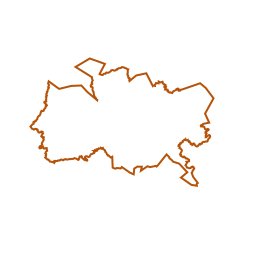 Urique, Chihuahua, Mexico, rotated 249°
{"feature_id": "50627088B80503012835519", "entity_name": "Urique", "entity_type": "district", "adm_level": 2, "iso_a3": "MEX", "parent_name": "Mexico", "parent_adm1": "Chihuahua", "projection": "albers", "projection_center": [-107.976, 27.219], "detail": "fine", "context": "isolated", "style": "outline", "palette": "amber", "viewbox_px": 256, "rotation_deg": 249, "n_neighbors": 0, "source": "geoboundaries", "source_scale": "gbopen_adm2", "svg_char_len": 5803}
<svg xmlns="http://www.w3.org/2000/svg" viewBox="0 0 256 256"><g transform="rotate(249 128 128)"><path d="M49.4,171.6L50.9,171.9L51.6,172.8L51.7,173.4L59.2,171.3L63.4,171.4L63.9,172.3L65.2,173.3L65.7,174.4L66.7,175.4L67.8,174.7L68.4,175.0L68.9,174.4L68.9,173.2L68.3,172.5L68.2,171.8L68.8,170.3L69.6,169.6L70.0,168.8L71.8,168.7L72.6,168.3L74.4,170.7L75.5,170.5L75.1,173.1L76.4,173.6L78.4,172.2L78.6,171.4L79.2,171.2L79.2,170.9L80.6,170.5L80.6,170.0L81.1,169.9L81.0,169.1L81.5,169.0L81.5,168.6L83.1,167.3L83.9,167.8L84.5,167.1L84.9,167.2L86.7,169.4L87.9,170.4L90.1,169.7L90.4,169.0L90.7,168.8L91.1,169.3L91.9,169.2L92.3,169.6L92.6,169.6L93.2,168.7L94.1,169.4L94.1,170.0L94.6,170.7L94.0,170.6L94.1,171.1L94.9,172.1L95.1,173.2L95.6,173.8L95.5,174.2L96.2,174.4L96.2,175.0L96.9,176.4L96.6,176.6L96.6,177.2L96.2,177.5L96.6,177.8L95.7,178.0L95.3,178.9L95.4,179.5L95.0,179.4L95.0,179.6L94.0,180.1L93.6,180.0L93.6,180.6L93.2,180.7L92.7,180.2L92.1,180.8L91.4,180.6L91.5,180.2L91.2,180.8L90.8,180.8L90.8,181.3L89.9,181.4L90.0,183.0L89.2,182.6L89.4,184.2L87.8,184.5L86.7,185.0L86.1,185.6L86.0,186.7L87.0,187.9L86.8,188.9L87.2,189.1L86.8,189.5L87.3,190.0L87.0,190.4L86.9,191.4L87.8,192.0L88.0,192.7L88.0,193.7L87.5,194.6L87.6,195.4L87.0,197.3L88.9,199.0L89.7,200.8L90.5,201.6L91.7,201.8L92.3,201.3L92.4,200.6L91.4,197.5L91.5,197.2L93.4,198.0L94.9,199.5L95.5,199.2L95.8,198.6L96.6,199.0L97.1,202.0L97.5,202.7L98.0,202.7L98.6,202.1L98.5,200.3L99.4,199.5L101.6,199.6L102.2,199.1L103.3,196.7L104.0,196.7L104.4,197.1L104.4,199.1L104.9,199.6L103.9,205.7L113.8,205.1L125.1,218.5L137.6,214.9L143.9,211.4L144.6,191.7L144.8,191.1L144.8,190.4L144.3,190.1L144.4,188.9L145.7,188.3L146.4,189.1L147.0,188.6L146.9,187.1L146.3,186.8L146.0,183.3L144.8,181.9L145.6,180.7L145.9,180.6L145.8,180.3L146.2,179.5L146.0,178.8L146.1,179.0L146.3,179.0L147.9,178.3L148.0,178.9L148.5,178.9L148.8,178.7L148.7,178.4L149.3,178.1L149.7,178.4L150.6,176.5L151.3,177.3L151.7,177.2L152.0,177.5L152.5,176.7L153.0,176.6L153.0,177.4L153.7,177.3L153.5,178.2L154.1,178.1L154.7,178.5L156.9,176.6L158.8,176.8L158.8,174.8L160.4,173.3L158.7,172.6L159.9,170.1L159.1,169.4L158.6,168.4L157.7,168.2L158.6,166.8L158.3,166.2L172.5,164.7L174.1,154.5L171.3,146.2L172.2,146.3L173.5,147.2L173.9,146.9L174.3,147.1L174.6,146.5L175.0,146.6L175.8,146.4L176.7,146.9L177.8,146.5L178.1,146.9L179.1,147.0L179.8,147.7L181.7,148.3L182.6,149.1L182.7,148.8L184.7,147.4L185.0,146.8L186.2,145.7L187.0,144.3L187.0,143.9L186.6,143.3L187.1,140.3L186.5,139.2L187.0,138.9L186.9,138.4L186.2,137.0L186.5,135.6L187.4,134.9L187.8,133.7L187.8,132.9L187.2,132.3L186.6,130.0L186.7,129.3L187.5,127.7L187.3,127.1L186.7,126.5L187.2,125.1L187.1,124.3L186.6,123.5L187.1,122.2L188.0,121.5L188.3,120.8L188.5,120.7L196.1,129.4L206.6,117.2L203.8,100.9L188.3,112.6L187.2,112.0L185.1,112.2L184.4,111.2L183.0,110.2L182.6,110.6L181.7,110.3L181.4,109.0L180.9,108.4L180.2,108.2L179.8,108.2L178.9,109.4L178.4,109.5L176.3,108.5L175.2,108.5L173.9,108.8L173.4,108.4L171.9,108.4L170.1,107.7L169.7,108.1L169.2,108.0L168.1,108.6L166.1,108.8L165.2,109.4L164.9,109.2L176.3,102.9L184.4,99.7L187.6,90.2L189.2,77.7L200.0,70.7L198.1,69.3L196.4,69.7L194.9,68.2L194.4,68.6L193.9,68.6L192.8,67.1L190.8,65.7L190.7,65.2L190.0,65.2L189.0,63.8L187.3,63.9L187.0,62.8L185.9,62.8L185.5,62.4L184.3,62.1L183.6,61.4L182.3,61.4L181.8,60.2L182.4,59.4L182.0,59.1L181.5,59.0L180.8,59.8L179.9,59.6L179.2,60.3L178.2,60.4L177.6,59.4L177.8,59.1L177.2,58.9L177.0,58.4L176.2,57.9L176.1,57.3L175.2,56.2L175.2,55.9L174.3,55.4L174.4,54.2L175.0,53.4L173.9,52.2L172.4,51.2L171.3,49.9L171.0,48.4L169.8,47.0L168.6,46.3L168.5,45.6L167.4,44.3L167.3,43.3L167.7,43.1L167.3,41.7L165.8,41.5L165.6,39.9L165.1,39.2L164.9,38.4L164.4,38.1L164.3,37.5L161.7,38.1L161.3,38.7L160.4,39.3L160.2,39.8L160.6,40.8L159.8,42.3L159.4,42.3L158.9,42.9L158.6,43.0L158.0,42.5L157.2,43.0L156.0,42.8L155.4,43.9L155.6,44.6L155.4,45.0L155.8,45.8L155.0,46.8L154.3,46.2L153.5,46.8L152.6,45.7L152.3,44.9L151.3,44.0L150.9,44.1L150.4,44.9L149.7,45.0L149.6,45.3L149.8,45.8L149.6,46.1L149.3,46.0L148.9,45.0L147.4,45.3L144.6,42.1L143.7,41.8L143.2,41.9L142.5,40.9L142.5,39.2L141.9,38.4L141.3,38.1L140.5,38.5L140.4,39.2L140.4,40.4L140.7,41.9L140.2,41.7L138.8,42.3L138.7,44.0L138.1,45.7L138.1,44.9L137.8,44.5L135.7,44.4L135.3,43.0L133.9,41.7L133.1,42.3L132.5,42.1L132.1,41.5L131.8,41.7L131.0,41.3L130.1,40.1L129.5,40.7L128.8,40.7L128.4,41.2L127.7,41.3L127.1,42.3L126.4,42.3L126.0,42.9L124.7,43.0L123.8,44.7L123.5,44.8L122.7,46.1L121.8,46.6L122.4,47.4L122.8,47.4L122.7,46.9L123.5,46.9L123.6,47.7L122.5,50.1L122.8,50.9L122.2,52.0L122.5,52.5L122.2,53.3L122.6,54.3L121.1,55.8L121.6,57.3L121.2,57.7L121.2,58.9L120.6,59.4L120.1,60.6L120.1,62.2L119.6,62.7L119.5,63.7L118.8,65.9L119.1,67.1L117.8,68.9L116.0,70.1L116.2,70.8L117.2,71.2L117.6,72.0L118.7,72.6L118.3,73.6L118.5,74.4L118.0,74.7L117.6,74.2L117.0,74.2L113.7,76.0L113.4,76.2L112.8,77.6L112.2,78.0L112.4,78.4L113.1,78.5L113.6,78.1L115.6,77.1L116.2,77.3L116.7,77.9L116.6,78.9L116.1,79.8L115.1,80.6L115.0,81.8L116.8,83.9L116.6,85.3L116.8,85.9L116.7,87.3L117.2,87.4L117.3,87.9L118.3,87.8L118.2,88.7L118.8,88.2L118.7,88.6L119.1,88.9L118.7,89.2L118.7,89.7L118.3,89.3L118.1,89.6L118.4,89.9L118.2,90.3L118.8,90.5L118.2,91.1L118.5,91.3L118.9,91.0L118.9,91.7L119.3,91.7L119.1,92.6L119.3,93.0L118.9,93.1L119.1,93.6L118.8,94.7L119.3,95.4L118.5,95.8L118.6,96.4L118.3,96.6L118.0,96.6L118.3,97.4L117.0,97.5L115.3,98.6L114.0,98.2L113.1,98.8L110.7,99.0L110.1,99.5L109.6,99.3L109.0,100.2L106.6,101.3L106.8,103.0L96.5,99.5L94.8,101.2L94.5,102.0L94.7,103.1L92.9,106.8L93.8,108.2L85.5,113.9L82.7,116.7L87.9,119.3L88.6,122.9L86.9,127.0L83.5,124.8L85.3,132.4L83.6,134.6L82.6,140.5L81.8,140.9L82.3,142.2L89.5,154.5L86.0,156.1L85.1,155.8L82.3,157.4L80.3,158.1L76.4,163.0L65.4,167.5L62.7,159.7L52.2,166.8L49.4,171.6Z" fill="none" stroke="#b45309" stroke-width="2"/></g></svg>